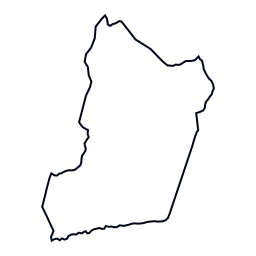 outline of Angico, Tocantins, Brazil
{"feature_id": "56859067B97265145915421", "entity_name": "Angico", "entity_type": "district", "adm_level": 2, "iso_a3": "BRA", "parent_name": "Brazil", "parent_adm1": "Tocantins", "projection": "orthographic", "projection_center": [-47.92, -6.424], "detail": "fine", "context": "isolated", "style": "outline", "palette": "ink", "viewbox_px": 256, "rotation_deg": 0, "n_neighbors": 0, "source": "geoboundaries", "source_scale": "gbopen_adm2", "svg_char_len": 1816}
<svg xmlns="http://www.w3.org/2000/svg" viewBox="0 0 256 256"><path d="M79.1,122.3L80.8,124.8L82.9,127.3L85.0,128.5L88.0,130.1L87.6,134.0L88.7,137.1L86.3,140.5L84.5,143.5L84.9,145.8L85.7,148.0L85.5,150.6L83.9,153.1L82.0,155.8L81.5,159.1L81.4,161.6L80.4,165.2L77.8,167.5L75.2,169.6L71.9,170.5L69.6,170.2L67.2,170.6L64.6,171.5L61.7,173.1L59.2,173.7L57.1,175.5L54.7,175.4L51.3,173.4L50.4,175.6L49.4,178.5L46.3,190.2L45.8,192.6L42.2,206.9L46.8,216.4L53.5,230.8L52.6,233.4L51.0,236.8L51.7,240.6L54.4,239.2L57.1,238.6L59.8,240.2L62.0,238.4L64.7,239.6L67.2,238.5L68.5,236.0L70.9,234.7L73.5,234.2L76.0,234.6L78.9,232.7L81.9,233.4L83.6,232.1L85.7,231.2L87.2,233.3L89.4,233.0L91.3,230.7L94.3,229.1L96.9,228.6L99.4,228.0L101.9,228.9L104.3,228.7L105.7,226.0L108.6,226.8L111.2,226.5L113.5,227.1L116.8,227.1L119.9,225.3L123.5,225.9L126.5,225.3L129.2,224.6L131.7,223.8L134.4,223.3L137.1,223.6L140.0,223.6L143.7,223.0L147.1,222.0L150.9,221.5L154.3,221.2L157.8,221.6L162.0,221.4L165.5,220.3L167.9,218.0L169.8,213.4L170.5,211.1L190.8,150.5L192.3,146.0L194.0,140.1L194.9,137.1L196.8,132.0L198.2,130.2L196.2,113.2L198.6,112.3L201.1,111.5L203.3,110.3L204.8,107.9L205.0,105.3L205.9,101.9L208.3,99.1L209.8,96.6L211.9,94.1L212.5,91.3L213.8,88.4L213.2,84.8L211.5,81.0L209.2,78.8L207.3,76.1L205.7,73.3L204.6,71.0L203.6,69.0L203.4,66.1L202.6,63.1L201.9,60.6L199.8,59.0L198.6,56.5L196.6,58.5L195.0,60.1L191.7,60.9L188.7,61.0L186.0,61.0L183.2,62.6L180.8,64.3L178.4,64.9L175.6,64.6L173.2,65.9L170.2,65.6L167.5,65.4L162.9,61.7L150.6,49.0L135.5,39.5L121.5,21.5L119.4,21.1L117.5,22.2L115.4,23.4L112.7,24.1L110.1,25.9L107.8,24.3L107.4,21.3L106.8,18.4L105.1,15.4L101.9,18.6L95.7,26.6L94.7,38.6L91.0,47.8L86.1,54.1L84.6,61.7L87.9,67.1L88.7,75.1L91.4,81.7L89.8,87.6L86.0,95.6L83.8,104.0L79.1,122.3Z" fill="none" stroke="#020617" stroke-width="2"/></svg>